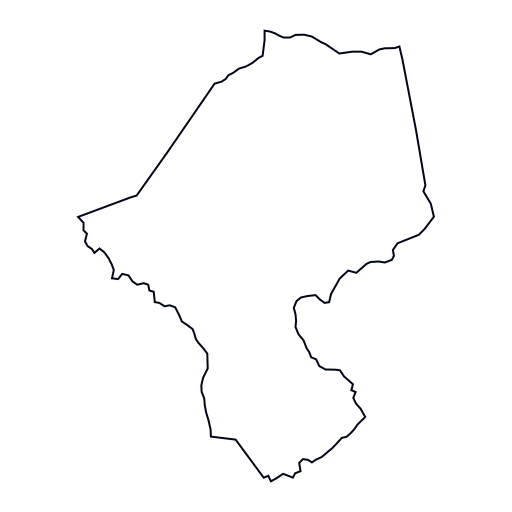 outline of Wenceslau Braz, Paraná, Brazil
{"feature_id": "56859067B89117717047367", "entity_name": "Wenceslau Braz", "entity_type": "district", "adm_level": 2, "iso_a3": "BRA", "parent_name": "Brazil", "parent_adm1": "Paraná", "projection": "robinson", "projection_center": [-49.79, -23.87], "detail": "fine", "context": "isolated", "style": "outline", "palette": "ink", "viewbox_px": 512, "rotation_deg": 0, "n_neighbors": 0, "source": "geoboundaries", "source_scale": "gbopen_adm2", "svg_char_len": 1923}
<svg xmlns="http://www.w3.org/2000/svg" viewBox="0 0 512 512"><path d="M263.7,477.7L268.3,475.8L270.9,481.3L276.4,478.3L283.1,473.8L292.9,477.6L295.1,473.3L300.5,471.2L299.2,462.9L303.0,459.1L308.1,459.9L311.9,462.4L315.7,459.8L321.7,457.0L332.4,448.0L336.5,443.7L341.8,437.9L346.5,436.8L350.2,433.7L354.3,429.2L357.4,424.7L365.2,416.9L360.5,408.6L356.0,403.6L353.3,397.9L355.6,392.0L351.4,390.2L352.9,384.2L344.0,376.4L340.0,370.3L335.7,369.7L325.5,369.5L319.3,366.1L316.1,359.3L311.2,357.3L309.2,352.1L306.5,348.0L303.5,340.2L298.5,334.3L295.5,327.0L296.1,321.0L295.5,314.3L293.8,307.8L296.5,301.1L300.9,297.5L307.2,296.1L315.6,295.1L319.9,299.5L324.6,302.9L329.1,302.2L331.1,293.9L339.8,278.4L348.2,270.6L356.3,272.8L366.6,263.8L370.6,262.0L378.6,261.5L384.8,262.5L391.8,259.9L393.9,255.9L392.9,250.0L397.5,243.3L418.8,234.8L424.5,229.1L433.9,216.7L430.8,203.7L423.4,191.3L425.4,185.3L416.0,130.1L402.5,59.8L399.4,46.5L394.7,48.1L384.7,48.3L379.5,49.4L370.8,54.3L361.5,51.7L352.2,51.7L339.3,53.5L325.5,44.1L321.5,42.4L311.7,36.5L304.1,34.7L295.6,34.9L290.0,37.5L283.4,37.5L279.1,35.6L274.9,33.3L269.9,31.5L264.6,30.7L264.6,40.1L262.6,55.8L258.6,57.9L252.3,63.0L245.7,66.6L239.0,68.6L233.1,72.9L228.4,75.2L225.8,78.9L221.5,81.7L214.6,83.6L166.6,153.4L136.6,195.6L130.5,197.4L78.1,216.9L83.6,222.9L83.5,230.3L86.9,233.7L85.0,241.5L87.7,246.2L91.9,249.0L94.4,252.9L99.5,248.5L104.4,252.4L108.7,258.4L111.8,264.6L113.8,270.0L112.0,278.3L118.1,279.1L122.2,273.9L128.5,275.4L132.5,281.4L137.2,284.7L143.7,283.2L148.2,284.7L149.4,290.5L153.7,291.8L154.8,302.1L159.3,302.9L164.7,306.3L169.8,305.3L175.2,307.3L178.9,314.6L181.9,321.5L187.0,324.9L192.6,329.1L194.3,333.6L195.9,339.1L198.4,342.8L203.2,348.2L207.3,353.6L207.7,368.5L205.3,373.3L203.1,377.7L201.3,385.5L201.7,392.0L204.2,398.4L204.8,405.5L206.2,412.7L208.4,419.9L210.6,429.5L210.9,436.6L235.6,439.6L263.7,477.7Z" fill="none" stroke="#020617" stroke-width="2"/></svg>